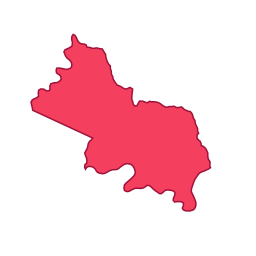 Antônio Prado, Rio Grande do Sul, Brazil (Albers equal-area conic projection), rotated 29°
{"feature_id": "56859067B28853350190882", "entity_name": "Antônio Prado", "entity_type": "district", "adm_level": 2, "iso_a3": "BRA", "parent_name": "Brazil", "parent_adm1": "Rio Grande do Sul", "projection": "albers", "projection_center": [-51.31, -28.882], "detail": "fine", "context": "isolated", "style": "filled", "palette": "rose", "viewbox_px": 256, "rotation_deg": 29, "n_neighbors": 0, "source": "geoboundaries", "source_scale": "gbopen_adm2", "svg_char_len": 3040}
<svg xmlns="http://www.w3.org/2000/svg" viewBox="0 0 256 256"><g transform="rotate(29 128 128)"><path d="M210.0,111.3L207.9,109.6L205.8,108.2L202.7,107.5L200.8,108.0L199.7,106.4L197.6,104.7L195.4,104.2L193.6,103.7L192.5,102.0L191.7,100.2L192.4,98.5L190.4,97.0L189.2,94.8L186.6,92.9L184.6,91.4L182.9,89.0L180.5,87.7L178.3,85.4L176.5,84.1L174.6,83.4L172.7,84.1L170.5,84.3L168.0,84.5L166.3,83.9L164.5,83.7L161.0,86.5L157.6,86.7L155.7,88.1L153.4,89.5L151.6,91.3L148.3,91.6L145.6,91.2L143.9,91.0L141.7,91.2L140.0,91.6L137.5,92.7L135.8,93.7L134.0,94.1L132.6,96.6L130.1,97.1L127.8,97.4L125.0,98.9L125.0,101.7L125.0,104.2L123.0,105.6L120.8,104.4L119.4,102.7L117.6,101.3L116.5,99.3L115.6,97.6L114.6,95.1L113.2,91.7L110.1,91.5L107.5,94.9L104.6,95.5L102.0,95.2L99.5,95.4L97.5,95.7L95.4,94.7L92.7,93.2L91.1,92.3L89.9,90.6L87.5,89.0L85.7,86.3L83.7,84.5L82.5,82.3L80.3,81.6L78.3,80.4L76.4,78.9L74.4,76.9L72.6,74.4L69.4,72.7L67.2,71.3L65.5,72.1L63.4,72.7L61.6,73.2L59.9,74.6L58.1,75.6L55.7,76.0L52.8,77.2L51.1,75.6L49.0,75.8L47.0,76.8L44.4,77.2L41.4,75.9L39.1,74.0L36.8,72.7L34.7,72.7L34.5,75.1L35.7,77.7L38.1,80.4L39.3,83.6L37.7,86.5L36.4,88.2L35.0,90.2L35.0,92.4L38.3,95.2L40.6,96.3L43.5,96.9L45.5,97.4L47.6,99.0L48.8,101.1L48.8,103.2L47.7,104.9L45.5,106.7L42.5,107.6L40.5,108.3L38.7,108.9L36.6,110.3L37.3,112.6L38.8,114.5L42.2,114.8L44.3,115.5L46.0,118.0L45.1,121.1L43.7,122.8L41.3,124.4L39.0,126.8L39.4,129.3L40.7,131.3L41.1,133.4L38.8,135.1L36.1,134.8L34.4,135.3L32.6,136.3L31.5,138.4L32.7,141.2L34.4,143.7L33.2,146.3L31.6,148.2L30.7,149.8L30.6,152.3L32.0,154.0L34.3,156.5L36.1,158.7L62.3,156.8L86.7,155.0L101.9,153.9L101.6,156.4L100.8,158.5L100.9,161.2L101.6,163.2L102.2,165.5L102.2,168.3L102.3,170.9L103.8,172.4L106.4,174.5L108.1,176.8L108.9,178.9L108.1,180.8L109.0,183.3L110.8,184.7L111.0,182.4L112.2,180.7L114.5,179.5L116.5,179.2L119.0,179.6L121.2,181.0L123.0,181.6L125.5,181.2L128.0,180.3L129.8,178.8L131.1,176.8L132.7,174.2L134.7,172.0L136.4,171.0L138.3,169.7L139.4,168.2L140.2,165.9L141.1,163.9L142.4,161.5L144.6,159.5L148.1,158.4L150.5,158.8L152.8,160.1L154.5,161.6L155.9,163.3L156.5,165.6L156.2,167.8L155.4,170.5L154.6,172.7L153.8,174.9L153.0,177.0L152.5,179.6L153.6,182.6L155.3,184.4L157.8,184.2L159.6,182.9L160.8,181.0L162.2,178.9L163.7,177.1L165.3,176.2L168.1,174.9L170.1,173.4L171.5,171.4L172.5,168.9L174.7,168.0L177.1,168.4L179.3,169.1L181.1,169.4L183.0,169.7L185.0,169.8L187.1,170.2L188.9,169.4L189.9,167.1L190.8,164.4L193.0,162.8L195.0,162.0L197.2,161.3L199.0,161.1L200.8,162.2L201.5,164.8L201.8,167.3L202.5,169.2L204.5,170.2L206.2,168.9L210.0,166.7L212.7,166.7L214.1,168.9L214.3,171.7L216.2,172.8L218.2,172.6L220.1,171.7L222.3,170.6L225.0,167.8L225.4,165.0L224.7,162.3L223.3,160.0L221.5,158.4L220.0,157.2L217.7,155.4L216.0,154.3L214.1,152.8L213.0,150.3L212.3,146.7L211.7,143.2L211.4,139.8L211.7,137.3L211.9,134.8L212.4,132.7L213.7,130.7L215.4,128.8L216.6,127.2L218.3,124.8L219.4,122.7L217.9,121.5L217.2,119.7L216.0,117.7L213.8,116.6L212.1,114.9L211.0,113.2L210.0,111.3Z" fill="#f43f5e" stroke="#9f1239" stroke-width="1.5"/></g></svg>